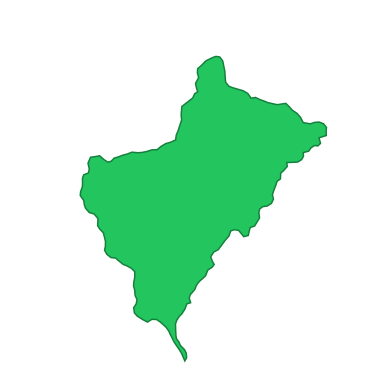 Morro Agudo de Goiás, Goiás, Brazil (Albers equal-area conic projection), rotated 309°
{"feature_id": "56859067B87068855347914", "entity_name": "Morro Agudo de Goiás", "entity_type": "district", "adm_level": 2, "iso_a3": "BRA", "parent_name": "Brazil", "parent_adm1": "Goiás", "projection": "albers", "projection_center": [-50.018, -15.311], "detail": "fine", "context": "isolated", "style": "filled", "palette": "green", "viewbox_px": 384, "rotation_deg": 309, "n_neighbors": 0, "source": "geoboundaries", "source_scale": "gbopen_adm2", "svg_char_len": 2454}
<svg xmlns="http://www.w3.org/2000/svg" viewBox="0 0 384 384"><g transform="rotate(309 192 192)"><path d="M112.4,119.5L111.4,125.0L113.3,129.8L112.2,135.6L106.4,139.9L105.2,143.4L104.5,148.7L102.1,152.0L99.2,155.8L95.5,158.7L91.7,160.7L90.0,165.0L90.0,170.2L92.6,174.3L92.4,177.7L92.4,184.0L93.6,187.7L94.5,192.8L94.1,197.5L90.1,200.9L85.4,203.5L82.4,205.5L79.6,209.3L75.7,213.0L73.8,217.0L70.0,219.0L65.4,219.5L61.8,223.3L61.1,227.6L61.8,233.8L62.9,239.3L67.7,240.9L70.6,244.6L71.0,249.1L70.6,256.8L69.4,261.3L67.6,264.8L66.0,268.5L64.1,272.6L63.1,275.8L61.5,281.4L59.9,285.7L58.2,288.9L56.2,292.7L59.7,292.2L63.2,288.9L64.8,285.3L65.4,279.6L67.2,276.2L68.2,272.2L70.5,269.7L74.3,266.3L79.1,262.2L82.6,260.9L87.4,260.4L91.2,260.8L96.8,260.1L101.8,258.4L105.1,260.6L107.8,256.6L111.0,255.3L118.1,255.5L122.4,254.1L127.4,254.0L131.7,254.8L135.5,255.3L141.2,253.4L146.2,255.0L149.7,254.8L151.1,251.2L153.4,247.3L159.0,246.7L163.7,248.7L171.1,248.4L174.9,248.2L181.2,248.4L186.0,246.6L189.0,248.3L191.5,252.2L190.7,256.6L189.8,260.3L193.6,263.1L197.9,260.9L201.1,259.6L204.9,262.1L214.4,260.8L218.2,256.8L221.4,255.3L225.3,256.3L228.4,259.3L233.1,260.9L237.7,259.8L240.5,256.2L244.7,254.6L250.0,252.9L253.8,251.4L257.8,252.5L262.5,249.1L266.1,249.7L271.8,250.0L274.5,247.1L279.6,252.9L282.0,255.4L286.1,256.8L289.8,256.2L292.7,253.7L297.2,257.0L301.2,256.7L305.2,257.9L307.0,260.8L310.7,261.3L314.0,256.6L316.7,258.4L320.4,260.8L324.0,257.7L326.8,255.9L327.8,251.2L326.4,246.8L323.3,243.5L319.4,241.0L315.9,234.7L318.3,229.4L319.2,224.2L318.7,218.6L319.5,213.8L319.9,209.1L313.5,203.3L309.2,194.7L307.9,190.3L306.6,186.8L305.4,181.8L302.1,178.9L303.7,173.2L302.8,167.8L300.5,162.4L298.5,157.6L297.4,154.0L298.5,149.0L303.0,144.7L306.5,141.5L308.9,138.6L313.2,133.4L314.4,128.6L312.5,125.3L309.6,123.5L302.8,120.3L296.0,119.6L291.4,118.8L287.8,121.3L285.2,125.1L278.6,126.4L275.5,130.2L273.4,133.4L270.1,132.2L265.6,133.4L259.9,132.1L252.1,130.3L248.2,132.9L245.1,135.0L241.5,138.6L236.6,140.4L230.7,142.7L226.2,144.0L222.2,146.5L217.5,144.2L213.0,141.1L207.5,139.1L202.8,138.2L199.5,134.3L194.8,131.2L191.0,128.0L188.3,125.0L185.2,120.3L180.8,117.8L176.7,114.8L172.9,112.7L169.4,110.2L165.2,109.9L162.3,107.9L161.8,103.6L162.0,97.4L158.7,94.6L155.2,91.3L149.0,93.0L145.2,97.7L141.6,99.5L137.2,97.0L133.6,98.3L131.2,100.4L127.5,103.3L122.0,105.3L118.9,107.4L117.3,113.2L114.2,116.5L112.4,119.5Z" fill="#22c55e" stroke="#15803d" stroke-width="1.5"/></g></svg>